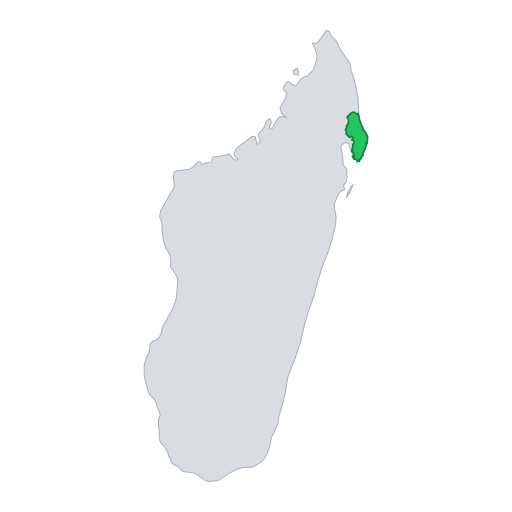 Antalaha, Sava, Madagascar (highlighted)
{"feature_id": "10022922B15279482214677", "entity_name": "Antalaha", "entity_type": "district", "adm_level": 2, "iso_a3": "MDG", "parent_name": "Madagascar", "parent_adm1": "Sava", "projection": "orthographic", "projection_center": [50.057, -15.259], "detail": "fine", "context": "in_parent", "style": "filled", "palette": "green", "viewbox_px": 512, "rotation_deg": 0, "n_neighbors": 0, "source": "geoboundaries", "source_scale": "gbopen_adm2", "svg_char_len": 8328}
<svg xmlns="http://www.w3.org/2000/svg" viewBox="0 0 512 512"><path d="M337.1,42.5L338.6,45.9L340.4,49.3L345.8,57.4L348.2,60.5L350.1,63.8L351.1,70.4L354.6,80.7L357.8,96.1L358.8,112.0L359.8,119.3L362.3,126.1L366.4,133.2L367.8,141.1L365.2,149.3L361.6,156.9L360.6,158.4L358.9,160.3L358.1,160.2L355.2,158.3L352.9,155.0L349.8,147.4L348.7,143.5L347.5,142.9L343.9,143.2L341.4,145.7L340.9,147.2L341.5,151.5L342.5,155.3L342.9,159.3L343.0,164.2L343.9,165.7L345.3,167.0L346.8,170.2L347.0,177.9L346.2,181.8L343.7,185.1L343.8,187.0L344.8,188.9L343.9,190.0L340.6,191.5L339.3,192.8L337.5,196.2L334.6,203.1L334.3,206.7L336.1,217.4L335.6,225.1L332.0,239.7L329.9,246.7L327.0,254.9L322.6,265.9L318.2,279.6L314.5,293.7L311.7,302.2L308.6,310.5L304.4,325.3L300.9,340.2L295.7,356.7L288.5,375.0L287.7,377.4L286.3,386.8L284.7,394.9L282.9,402.9L278.9,416.2L278.5,420.3L277.7,424.2L273.9,432.5L272.2,435.6L271.1,438.9L270.5,443.0L269.4,447.1L266.7,454.4L262.5,460.8L259.6,463.2L253.4,466.6L250.2,467.3L243.1,467.5L236.3,469.5L229.2,473.3L222.5,477.6L219.9,479.6L217.0,480.8L207.9,481.3L205.2,480.4L195.8,473.8L192.3,472.7L185.6,472.0L183.5,471.4L181.6,470.6L178.8,467.1L173.3,464.2L172.0,463.3L171.1,461.2L170.4,458.9L168.9,456.4L167.6,451.7L165.7,448.3L160.5,442.5L159.9,440.7L159.2,434.3L159.2,430.1L158.3,422.2L158.7,418.5L160.3,415.2L159.4,411.6L157.4,407.9L156.5,404.0L155.0,400.4L149.4,394.2L148.1,391.1L147.1,387.8L144.6,377.7L144.2,374.1L144.2,366.6L144.7,362.7L145.9,359.9L146.1,357.9L146.9,356.2L148.1,354.7L148.9,353.0L150.4,343.3L152.9,341.1L156.5,339.8L159.4,337.2L161.0,333.7L162.5,326.7L166.9,319.6L168.5,315.9L172.1,310.2L175.2,302.3L176.1,298.6L176.7,294.9L177.3,286.6L177.8,282.5L177.5,278.4L175.5,274.3L170.6,266.8L170.4,265.4L170.6,259.7L170.0,255.6L168.2,251.6L165.8,247.8L163.4,240.7L162.0,228.9L162.1,224.6L161.3,220.8L159.6,217.2L160.6,210.8L173.9,187.5L174.3,184.7L173.5,177.7L173.7,173.6L174.2,172.1L175.2,171.2L177.6,170.7L189.0,169.4L190.5,168.7L193.3,166.7L197.1,162.8L198.9,161.7L200.4,162.1L201.5,163.7L202.8,164.5L207.3,162.7L209.1,162.6L210.9,162.9L211.7,161.3L212.2,159.2L212.8,157.7L214.1,156.8L220.0,156.2L223.8,155.6L228.7,154.0L229.8,154.3L233.8,159.5L235.0,159.9L236.6,160.1L237.9,159.1L234.6,156.4L234.1,154.9L234.3,153.1L235.9,149.3L238.8,146.3L245.1,141.8L251.7,136.6L253.6,136.3L255.3,137.0L256.6,143.0L256.5,144.0L257.6,144.1L258.8,143.4L259.9,140.9L259.9,138.9L259.0,137.0L258.5,135.4L258.4,133.9L261.8,130.3L264.4,126.9L265.6,122.8L266.6,120.9L269.4,118.8L270.3,119.1L270.9,120.8L271.3,122.6L270.6,124.4L269.6,126.2L269.2,128.6L270.8,129.0L272.3,128.4L274.4,124.1L276.9,120.1L278.4,117.9L280.2,116.5L283.3,116.7L286.4,117.6L281.4,113.4L280.1,107.5L285.9,97.4L285.9,95.3L286.8,94.6L287.2,93.8L284.1,90.4L283.5,88.7L283.9,86.1L285.3,83.9L286.6,82.2L288.5,81.6L290.0,82.5L293.3,85.3L295.5,85.7L298.2,82.9L300.4,79.6L303.6,77.2L307.4,75.8L313.0,70.4L316.7,59.3L317.0,56.1L316.1,52.2L314.8,48.5L312.6,43.8L313.1,42.8L316.3,43.4L317.3,42.8L320.7,38.6L326.3,30.7L328.1,30.7L329.7,32.2L330.3,34.3L331.4,35.9L335.2,39.7L337.1,42.5ZM298.3,73.8L298.3,75.0L294.1,74.5L293.3,70.3L295.4,70.2L295.9,68.5L297.2,68.2L298.6,71.9L298.3,73.8ZM350.2,191.8L346.6,197.9L347.6,192.8L351.8,185.4L352.9,184.9L350.2,191.8Z" fill="#d9dde1" stroke="#a8b0b8" stroke-width="1"/><path d="M352.6,156.0L352.8,156.3L352.8,156.5L352.9,157.0L352.8,157.3L352.7,157.3L353.0,157.8L353.4,157.8L353.5,157.9L353.6,158.2L353.9,158.3L353.9,158.5L354.0,158.4L354.0,158.5L354.2,158.4L354.3,158.5L354.4,158.9L354.7,158.8L354.7,159.1L354.8,159.1L355.0,159.3L355.2,159.2L355.3,159.4L355.6,159.4L355.8,159.6L356.0,159.6L356.4,159.6L356.6,159.6L356.8,159.7L356.9,159.9L356.9,160.3L356.9,160.6L357.1,160.7L357.1,160.8L357.3,161.1L357.3,161.6L357.5,161.4L357.9,161.2L358.3,161.3L358.3,161.2L358.5,161.2L358.6,161.3L358.8,161.2L359.0,161.3L359.3,161.3L359.6,160.9L359.6,160.7L359.7,160.4L359.3,160.1L359.4,159.9L359.8,159.7L360.0,159.3L360.3,159.1L360.2,159.0L360.0,158.9L360.1,158.7L360.4,158.4L360.7,158.0L360.9,157.8L361.1,157.8L361.3,158.0L361.3,157.8L361.5,157.6L362.0,156.8L361.8,156.9L361.7,156.8L361.7,156.6L361.8,156.3L362.2,155.9L362.4,155.9L362.9,155.8L363.1,155.5L363.1,155.4L363.0,155.2L362.9,155.2L363.0,155.5L362.9,155.5L362.6,155.4L362.5,155.2L362.6,154.7L362.6,154.3L362.9,154.0L363.2,152.9L363.5,152.5L363.6,152.1L363.8,151.9L363.8,151.5L363.9,151.1L364.0,150.9L364.3,150.3L364.7,149.6L364.8,149.4L365.0,149.3L364.9,149.1L365.1,149.0L365.0,148.7L365.1,148.3L365.2,148.0L365.2,147.9L365.3,147.7L365.6,147.6L365.8,147.1L365.9,146.5L365.9,146.2L366.1,145.8L366.1,145.6L366.3,145.2L366.2,144.9L366.2,144.4L366.3,144.3L366.2,144.2L366.3,144.2L366.5,144.2L366.5,143.8L366.6,143.7L366.9,143.7L367.1,143.4L366.9,143.1L366.7,142.8L366.8,142.7L366.7,142.6L366.8,142.5L367.0,142.3L366.9,142.2L367.1,141.9L367.3,141.6L367.1,141.4L367.0,140.9L367.1,140.7L367.3,140.5L367.5,140.3L367.5,139.8L367.5,139.7L367.7,139.3L367.5,138.7L367.4,137.8L367.5,137.4L367.8,137.1L367.7,137.0L367.6,136.9L367.6,136.7L367.4,136.7L367.1,136.2L367.1,135.9L367.4,135.6L367.3,135.3L367.1,135.0L366.4,134.8L366.3,134.6L366.3,134.3L366.2,134.0L366.2,133.8L366.1,133.2L365.6,132.5L365.0,132.0L365.0,131.9L364.7,131.7L364.5,131.1L364.3,131.0L364.2,131.0L364.0,130.9L364.0,130.6L363.7,130.3L363.7,130.1L363.5,129.7L363.2,129.6L363.0,129.3L362.8,128.0L362.8,127.8L362.6,127.6L362.6,127.1L362.4,126.7L362.2,126.5L361.9,126.4L361.7,126.1L361.8,125.6L361.7,125.4L361.3,124.9L361.0,124.3L360.9,124.1L360.8,123.9L360.6,122.7L360.4,121.7L360.2,121.6L359.9,120.9L359.8,120.7L359.6,120.7L359.4,120.4L359.4,118.6L359.2,118.0L359.2,117.5L359.2,117.1L358.9,116.8L358.9,116.1L358.7,115.8L358.4,115.6L358.4,115.0L358.3,114.6L358.1,114.4L358.1,113.4L357.8,113.4L357.5,113.5L357.4,113.4L357.2,113.4L357.2,113.6L356.6,113.7L355.4,113.4L355.2,113.2L354.9,112.5L354.0,112.2L353.2,112.2L352.9,112.4L352.7,112.3L352.6,112.7L352.4,112.7L352.2,112.5L351.8,112.6L351.7,112.8L351.6,113.0L351.3,113.1L351.0,113.1L350.7,113.6L350.4,113.9L350.2,114.0L349.9,114.0L349.7,114.1L349.9,114.3L349.8,114.6L349.9,114.9L349.7,115.2L349.5,115.3L349.3,115.6L349.1,115.6L348.6,115.4L347.9,116.0L347.6,116.5L347.1,116.9L347.1,117.7L347.2,117.9L347.8,118.3L347.9,118.8L348.0,119.0L348.6,119.7L348.5,120.0L348.4,120.4L348.4,120.7L348.3,120.9L348.5,121.2L348.4,121.5L348.4,122.2L348.3,122.4L348.2,122.5L348.1,122.8L348.2,123.2L348.3,123.4L348.3,123.7L348.1,124.0L347.9,123.9L347.5,124.3L347.3,124.5L347.2,124.7L347.4,125.0L347.2,125.2L347.1,125.3L347.0,125.5L346.9,126.2L346.8,126.6L346.8,126.8L346.6,126.8L346.8,127.0L346.7,127.1L346.9,127.3L346.7,127.6L346.7,128.2L346.4,128.4L346.2,128.5L345.7,129.0L345.4,129.5L345.4,129.9L345.7,130.1L345.6,130.6L345.8,130.9L345.8,131.2L346.2,131.4L346.5,132.2L346.4,132.3L346.3,132.5L346.1,133.0L346.1,133.4L346.0,133.5L345.9,133.6L346.3,134.1L346.5,134.2L346.7,134.3L346.9,135.0L347.1,135.0L347.3,135.1L347.6,135.3L347.8,135.2L347.9,135.3L347.9,135.7L347.9,136.0L348.0,136.0L348.4,136.3L348.6,136.9L348.8,137.0L349.1,137.2L349.7,137.3L349.8,137.4L350.1,137.6L350.8,137.0L350.9,136.6L351.2,136.6L351.5,136.4L351.8,136.4L352.3,136.8L352.4,137.2L352.7,137.3L352.7,137.6L352.9,137.7L353.1,138.0L353.3,138.2L353.1,138.3L353.1,138.5L352.9,138.5L352.6,139.0L352.4,139.2L352.1,139.2L352.0,139.4L351.8,139.5L351.7,139.7L351.7,139.9L352.0,140.0L352.3,140.1L352.6,140.1L352.8,140.2L353.0,140.2L353.2,140.5L353.2,140.8L353.3,140.9L353.5,140.9L353.9,141.3L354.0,142.1L353.8,142.5L353.8,142.9L353.9,143.2L353.8,143.5L353.8,143.9L353.5,144.1L353.0,144.0L352.8,144.3L352.9,144.5L352.9,144.8L352.7,145.1L352.7,145.3L352.6,145.6L352.8,145.7L352.6,146.0L352.8,146.4L352.7,146.8L352.7,147.1L352.7,147.3L352.6,147.5L352.4,147.9L352.4,148.0L352.5,148.2L352.7,148.4L352.7,148.5L352.4,148.7L352.6,148.8L352.6,149.0L352.4,148.9L352.2,148.9L352.1,149.0L352.4,149.4L352.4,149.5L352.3,149.8L352.0,150.0L351.8,150.2L351.7,150.5L351.8,150.7L351.7,150.8L351.8,151.0L351.5,151.3L351.6,151.6L352.0,151.8L352.0,151.7L352.1,151.8L352.3,151.8L352.4,151.7L352.5,151.6L352.8,152.0L353.2,152.1L353.2,152.5L353.3,152.5L353.6,152.8L353.5,153.0L353.4,153.1L353.4,153.3L353.6,153.3L353.7,153.7L353.9,153.6L354.0,153.7L354.1,154.0L354.0,154.3L354.1,154.6L354.2,155.0L354.3,155.0L354.4,155.5L354.2,155.6L353.8,156.1L353.5,155.9L353.4,155.9L353.2,156.0L352.7,155.9L352.6,156.0Z" fill="#22c55e" stroke="#15803d" stroke-width="1.5"/></svg>